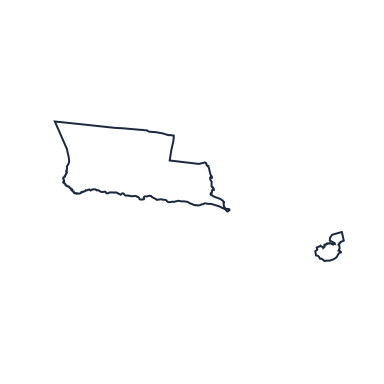 Ásahreppur, Suðurland, Iceland, rotated 235°
{"feature_id": "244011B31453435550318", "entity_name": "Ásahreppur", "entity_type": "district", "adm_level": 2, "iso_a3": "ISL", "parent_name": "Iceland", "parent_adm1": "Suðurland", "projection": "albers", "projection_center": [-19.181, 64.281], "detail": "fine", "context": "isolated", "style": "outline", "palette": "slate", "viewbox_px": 384, "rotation_deg": 235, "n_neighbors": 0, "source": "geoboundaries", "source_scale": "gbopen_adm2", "svg_char_len": 5806}
<svg xmlns="http://www.w3.org/2000/svg" viewBox="0 0 384 384"><g transform="rotate(235 192 192)"><path d="M257.8,95.6L257.9,96.0L257.8,96.3L257.5,96.5L257.1,96.5L256.6,96.7L256.4,97.3L256.4,97.7L255.7,98.2L255.2,98.9L255.0,100.0L254.9,100.4L255.4,101.0L255.4,101.4L254.9,101.6L254.8,102.0L254.8,102.6L254.8,102.9L254.3,103.4L254.4,104.1L254.1,104.7L254.1,105.2L254.4,105.8L253.9,106.2L253.7,106.8L253.6,107.3L253.3,107.7L253.4,108.4L253.0,109.0L252.9,109.4L252.5,109.6L251.8,109.6L251.3,109.9L251.3,110.0L251.4,110.7L251.4,111.0L251.2,111.3L251.2,112.0L251.1,112.3L250.4,113.1L250.1,113.7L249.5,114.5L249.2,114.7L248.3,114.7L248.1,114.8L248.0,115.4L247.2,115.9L247.0,116.4L244.4,117.5L244.0,117.9L243.7,118.1L243.5,118.7L242.6,119.8L242.3,120.8L242.0,121.2L241.7,121.3L240.6,121.1L240.1,121.3L239.6,121.8L239.1,122.4L238.9,123.0L239.0,123.7L238.7,124.7L238.1,125.3L237.4,126.5L236.5,127.3L236.2,128.0L235.9,128.3L235.8,128.8L235.4,129.3L234.6,129.8L234.1,130.5L233.2,130.5L231.9,131.5L230.9,131.8L230.7,132.1L230.8,133.4L230.9,134.1L230.5,134.7L230.0,135.0L229.3,135.0L228.7,135.2L228.0,135.1L227.3,135.5L226.4,136.5L226.2,137.2L226.0,137.4L224.9,138.2L224.6,139.0L223.6,139.5L223.2,139.9L222.7,140.9L222.5,141.4L221.7,142.5L221.4,143.2L221.1,143.6L220.2,144.1L219.5,144.3L218.6,145.1L218.1,145.2L217.3,145.2L216.2,145.0L215.4,145.4L215.0,146.0L214.8,146.4L214.1,147.3L213.9,148.1L213.7,148.5L213.9,148.9L214.6,148.9L214.9,149.1L215.3,149.6L215.5,150.6L215.4,151.0L214.3,152.4L214.1,152.7L213.9,153.6L213.6,154.3L213.5,154.7L213.4,154.9L212.1,156.2L211.0,156.2L210.7,156.5L209.0,157.2L207.7,158.0L207.0,158.2L205.5,158.9L205.4,159.1L205.2,160.0L204.6,160.8L204.0,162.2L203.2,163.1L202.5,163.6L201.2,165.3L200.5,165.9L199.8,166.2L198.7,166.2L197.4,166.7L197.0,167.1L195.8,169.1L195.6,169.9L195.3,170.4L194.2,171.5L194.0,172.4L193.5,173.6L193.1,174.7L192.6,175.8L192.0,176.5L191.0,177.3L190.5,177.8L189.6,179.2L187.8,181.4L187.3,181.7L187.0,182.1L186.4,182.7L183.5,184.0L182.7,184.8L182.1,185.1L181.5,185.5L180.6,185.9L179.9,186.5L179.6,187.0L178.9,187.4L178.7,187.9L178.6,188.2L177.7,189.1L176.9,190.3L176.6,191.0L176.5,191.9L176.5,192.6L176.0,193.3L175.7,193.9L175.6,195.2L175.2,196.2L174.6,197.0L173.7,197.7L173.0,198.5L171.7,200.3L171.2,200.9L168.1,203.4L164.0,206.5L162.6,207.2L161.1,207.9L160.2,208.6L159.1,209.1L158.2,209.4L156.4,209.6L155.9,209.7L155.6,210.1L155.5,210.4L155.5,210.7L155.8,211.9L155.7,212.8L155.6,213.1L155.8,212.9L157.1,212.2L157.6,211.7L158.5,210.1L159.3,209.9L161.4,209.9L162.1,210.0L162.8,210.3L163.7,210.9L164.2,211.3L165.1,211.6L165.1,211.8L165.0,212.2L165.2,212.4L167.4,212.3L168.0,211.9L169.6,211.4L170.2,211.0L170.8,210.8L171.6,210.1L172.7,209.5L173.1,209.0L176.0,207.2L177.9,206.4L178.9,205.8L179.1,205.8L179.7,206.1L180.3,207.0L180.3,207.3L179.9,207.5L180.3,207.9L180.5,208.4L181.4,208.8L181.5,208.9L181.5,209.3L182.2,210.2L182.1,210.4L182.0,210.6L181.5,210.6L181.2,211.1L182.1,211.6L182.5,211.7L183.3,211.6L183.4,211.8L183.6,211.9L183.9,211.6L184.4,211.5L184.8,211.2L185.2,211.2L186.3,211.9L188.3,213.4L188.9,213.8L189.7,214.0L191.7,214.1L192.2,214.3L192.5,214.8L193.2,215.0L193.4,215.3L192.5,215.8L192.2,216.4L192.5,216.8L193.5,217.2L194.4,216.9L195.1,217.1L196.1,217.3L201.6,219.5L203.3,219.9L203.9,220.3L204.2,220.1L204.1,219.9L204.3,219.6L204.8,219.6L205.2,219.4L206.1,219.5L206.8,220.0L207.4,220.1L207.5,219.9L208.2,219.8L208.8,219.5L211.0,213.8L224.1,199.1L230.6,191.8L238.1,199.0L244.2,205.7L247.1,208.3L248.7,209.4L249.2,208.8L251.1,206.9L251.5,206.1L252.2,205.2L256.6,201.8L261.9,196.5L265.9,191.6L266.8,191.0L268.4,190.4L270.2,188.1L271.3,187.0L272.4,185.5L274.3,183.3L280.9,175.4L282.8,173.2L289.3,165.0L311.5,139.6L328.4,120.1L299.0,114.2L291.1,110.9L288.3,109.4L287.3,108.8L285.7,106.6L284.6,104.0L283.8,103.7L282.8,103.0L282.0,102.0L281.6,101.9L281.1,101.4L281.2,100.9L280.9,100.6L280.5,100.5L279.9,100.7L279.5,100.6L279.3,99.5L279.1,99.4L279.0,99.1L278.7,98.8L278.6,98.3L278.4,98.0L278.4,97.7L278.1,97.3L278.1,96.9L277.8,96.7L277.5,96.7L277.4,96.4L277.4,96.2L277.6,95.7L277.5,95.3L277.6,94.9L277.2,94.7L277.0,94.3L276.9,94.2L276.0,94.0L275.1,94.3L275.3,94.1L275.3,93.9L275.0,93.7L274.6,93.7L274.2,93.3L274.2,92.9L274.3,92.6L274.2,92.5L273.3,93.0L273.1,92.9L273.2,92.5L273.2,92.2L272.7,92.4L272.3,92.3L271.8,92.6L270.7,92.8L269.9,92.3L269.6,92.4L269.0,93.1L268.3,93.0L267.8,93.3L267.6,93.5L267.5,94.0L267.3,94.2L266.9,94.1L266.5,94.4L265.6,94.4L265.4,94.2L265.0,94.4L264.6,94.4L264.3,94.8L264.1,94.9L262.7,95.3L262.6,94.9L262.6,94.4L260.7,94.8L260.2,95.3L259.9,95.1L259.6,95.0L259.3,94.8L259.1,94.8L258.1,95.2L257.8,95.6ZM57.1,279.3L57.4,279.5L57.6,279.4L58.1,279.6L58.4,279.5L59.0,279.0L59.3,278.8L59.9,278.4L61.2,280.7L61.3,280.8L64.1,282.0L64.6,281.7L65.0,281.9L65.0,282.1L65.0,282.3L65.1,282.5L65.1,282.9L65.0,283.0L65.0,283.3L65.5,283.5L65.4,283.9L65.4,284.3L65.5,284.5L65.6,284.9L65.9,285.1L65.2,287.3L65.3,287.7L65.1,288.4L73.2,291.8L73.4,291.5L76.6,282.1L75.2,278.7L73.2,277.0L68.4,279.5L67.7,279.3L68.0,279.1L67.9,277.5L71.2,275.5L71.2,275.4L71.2,275.1L71.1,274.9L71.1,274.7L71.6,274.3L71.8,274.1L71.7,274.0L71.7,273.8L71.8,273.8L71.8,273.6L71.9,273.4L72.3,273.2L72.2,273.0L72.1,272.7L72.4,271.9L72.1,271.6L72.3,271.4L72.4,270.9L72.8,270.3L72.8,270.0L72.7,269.9L71.9,269.8L71.1,269.3L70.9,267.5L71.1,267.6L71.7,267.5L71.9,267.6L73.2,266.7L73.4,266.7L73.5,266.6L73.9,266.5L73.8,266.4L73.9,266.1L74.2,265.9L75.0,262.3L72.9,261.6L72.8,259.0L69.0,257.2L68.0,258.1L67.2,258.6L66.1,258.8L64.0,258.6L63.7,258.8L63.2,259.8L63.0,260.0L62.3,260.0L61.3,260.6L59.9,260.8L59.3,261.0L59.2,261.2L59.1,261.6L59.1,262.1L58.2,263.4L56.9,265.2L56.5,266.4L56.4,267.2L55.9,268.3L55.8,268.8L55.8,269.4L55.6,270.5L55.6,272.1L55.7,273.1L56.2,274.2L56.9,275.6L57.4,276.7L57.5,277.3L57.5,278.1L57.4,278.7L57.1,279.3Z" fill="none" stroke="#1e293b" stroke-width="2"/></g></svg>